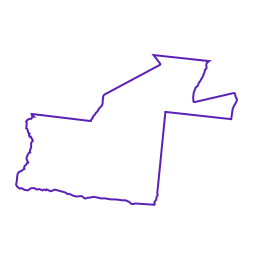 Wouleu-Ntem, Albers equal-area conic projection, rotated 186°
{"feature_id": "GAB-2187", "entity_name": "Wouleu-Ntem", "entity_type": "Province", "adm_level": 1, "iso_a3": "GAB", "parent_name": "Gabon", "parent_adm1": "", "projection": "albers", "projection_center": [12.153, 1.276], "detail": "fine", "context": "isolated", "style": "outline", "palette": "violet", "viewbox_px": 256, "rotation_deg": 186, "n_neighbors": 0, "source": "natural_earth", "source_scale": "10m", "svg_char_len": 3051}
<svg xmlns="http://www.w3.org/2000/svg" viewBox="0 0 256 256"><g transform="rotate(186 128 128)"><path d="M115.6,52.8L116.6,52.9L117.3,53.3L118.8,54.5L122.4,55.7L123.5,55.8L126.0,55.5L132.3,55.7L137.8,55.2L143.2,55.6L147.4,55.2L148.7,55.3L151.6,55.7L154.7,55.9L156.2,55.6L158.9,54.7L160.3,54.5L161.1,54.3L162.6,53.5L163.3,53.4L164.1,53.7L166.5,55.2L167.8,55.4L171.7,54.5L174.5,54.7L178.5,56.0L179.8,56.4L181.4,56.0L182.6,56.9L184.3,57.5L194.0,59.0L195.4,58.7L196.4,58.0L197.3,57.4L198.2,57.0L199.4,57.3L201.0,58.0L202.5,58.4L203.1,57.5L204.1,57.9L205.0,58.0L205.8,57.7L206.5,57.0L208.7,57.8L209.9,58.0L210.7,57.7L211.7,57.3L212.9,57.5L214.9,58.4L217.9,58.0L218.6,57.7L220.1,56.3L220.9,55.7L221.5,55.5L223.7,55.6L225.7,56.0L226.7,56.8L227.2,57.0L227.8,57.0L228.9,56.5L229.4,56.4L230.2,56.8L231.3,57.6L232.4,58.5L233.1,59.4L233.4,60.4L233.1,62.6L233.1,64.4L233.1,68.7L232.9,71.0L232.1,72.7L229.6,74.1L229.1,74.5L227.8,75.9L227.5,76.2L226.8,76.4L226.8,77.0L227.2,78.4L227.0,79.1L226.7,79.6L226.2,80.0L225.7,80.6L225.2,81.5L224.7,82.6L223.9,82.8L223.6,83.2L224.5,84.4L225.1,85.7L225.5,86.3L225.8,87.1L225.7,88.3L224.9,90.9L224.4,92.0L223.7,93.0L222.7,93.5L223.3,94.7L223.1,96.0L222.6,97.3L222.3,98.8L222.7,102.1L222.5,103.8L221.3,105.3L222.5,107.4L223.8,109.2L224.3,108.7L225.1,109.3L225.6,110.1L225.7,111.1L225.3,112.1L226.7,112.9L228.0,116.4L229.2,117.1L229.1,117.7L229.2,121.1L229.2,121.7L229.2,122.2L229.4,122.7L230.0,123.6L229.9,124.0L229.4,124.2L228.8,125.7L227.7,126.3L226.5,126.8L225.5,126.9L224.9,127.4L224.7,128.4L224.1,129.3L222.8,129.4L223.5,130.1L224.4,130.4L225.1,130.9L225.3,131.9L165.7,131.0L165.6,131.6L165.5,132.3L165.4,132.6L165.3,132.8L164.5,133.8L164.3,134.1L164.2,134.4L164.1,134.6L164.0,135.6L164.0,135.8L163.7,136.2L162.8,137.1L161.5,139.7L161.3,140.0L160.1,141.3L159.9,141.7L159.8,142.0L159.7,142.4L158.9,144.1L158.3,145.1L156.2,147.7L156.2,147.8L155.9,149.1L155.8,150.5L156.1,153.1L156.0,153.6L155.8,154.3L155.8,154.7L155.8,155.0L156.0,155.2L156.0,155.4L156.1,155.6L155.7,157.6L155.4,158.2L154.9,158.8L103.2,193.9L102.6,194.4L102.5,194.9L102.9,195.5L110.2,203.2L54.4,203.0L54.9,202.6L55.3,202.0L55.5,201.8L55.7,201.6L56.3,201.0L56.6,200.1L56.7,199.7L56.8,199.3L56.7,198.5L56.2,196.1L56.3,195.4L56.5,195.0L56.9,194.7L57.1,194.5L57.4,194.2L57.5,193.8L57.6,193.2L57.8,191.3L59.3,186.0L59.6,185.4L60.5,183.9L60.6,183.6L60.8,182.8L60.9,182.5L61.2,182.0L61.5,181.6L62.1,180.8L62.3,180.2L63.1,177.3L63.2,177.1L63.3,176.9L63.7,176.5L64.7,175.7L64.9,175.4L65.1,174.9L65.4,173.2L66.1,171.2L66.3,170.3L66.4,165.3L66.2,163.8L65.5,160.9L65.2,160.7L64.6,160.7L27.1,173.6L26.1,173.8L25.5,173.7L25.1,173.0L24.5,170.9L24.2,170.3L23.8,169.6L22.7,168.1L22.6,167.1L22.9,165.7L24.0,162.9L24.8,161.5L25.9,157.8L26.3,147.6L28.0,147.6L49.5,147.7L65.7,147.8L71.0,147.8L92.5,147.9L92.4,129.1L92.3,110.3L92.2,95.2L92.2,91.4L92.1,72.6L92.1,66.8L91.5,64.0L92.0,63.3L92.3,62.4L92.4,61.6L92.4,60.7L92.5,59.5L93.0,58.7L93.5,57.9L94.0,56.9L93.8,55.9L93.5,55.0L93.7,54.4L112.8,53.7L114.7,53.0L115.6,52.8Z" fill="none" stroke="#5b21b6" stroke-width="2"/></g></svg>